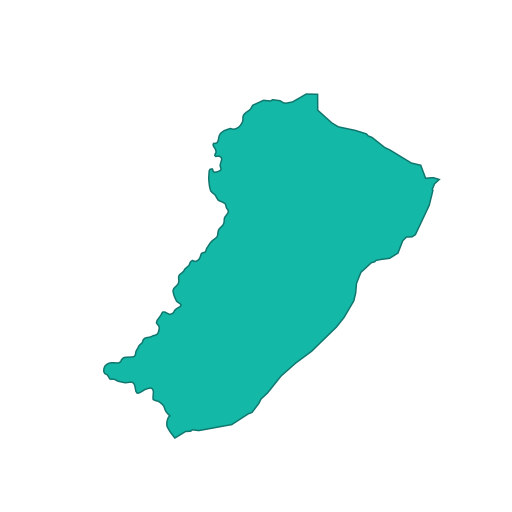 San José Poaquil, Chimaltenango, Guatemala (Natural Earth projection), rotated 232°
{"feature_id": "79465075B26188939943042", "entity_name": "San José Poaquil", "entity_type": "district", "adm_level": 2, "iso_a3": "GTM", "parent_name": "Guatemala", "parent_adm1": "Chimaltenango", "projection": "natural_earth1", "projection_center": [-90.895, 14.861], "detail": "fine", "context": "isolated", "style": "filled", "palette": "teal", "viewbox_px": 512, "rotation_deg": 232, "n_neighbors": 0, "source": "geoboundaries", "source_scale": "gbopen_adm2", "svg_char_len": 4002}
<svg xmlns="http://www.w3.org/2000/svg" viewBox="0 0 512 512"><g transform="rotate(232 256 256)"><path d="M345.5,404.1L352.7,395.3L354.9,379.7L357.8,373.9L359.8,371.9L363.5,370.6L369.0,365.2L369.1,363.0L374.1,357.7L375.0,353.7L376.8,346.2L375.1,342.1L375.0,340.2L375.2,337.7L375.1,334.5L374.6,332.8L373.8,331.5L371.8,329.9L370.2,328.4L369.2,326.1L368.5,324.0L368.2,322.0L368.4,319.9L368.7,318.6L369.2,317.2L370.4,315.6L372.2,314.4L372.7,313.2L373.5,310.8L374.0,309.4L374.4,307.7L374.5,305.1L374.4,303.4L373.6,301.4L372.5,299.9L370.8,297.9L370.0,296.9L369.2,294.9L369.9,293.1L370.9,291.8L369.9,290.5L368.1,290.0L366.1,289.9L364.9,289.7L362.3,288.5L361.6,286.7L360.7,285.5L359.3,285.5L358.3,287.2L357.1,288.7L354.9,289.2L353.5,288.7L351.9,286.7L351.0,285.3L349.6,283.7L348.5,282.9L346.6,282.4L345.4,281.1L345.7,278.8L346.4,276.9L347.5,274.8L349.3,274.3L350.4,275.0L351.7,275.1L352.6,273.1L352.0,271.7L350.9,270.6L348.6,268.6L347.0,267.1L343.9,264.9L340.3,262.7L338.4,261.7L336.5,260.9L335.2,260.4L333.1,260.5L331.0,261.0L329.9,261.3L328.5,261.3L326.9,261.0L325.5,260.8L323.2,260.6L321.8,261.2L320.1,262.2L318.5,263.0L316.3,263.9L315.1,263.7L313.7,263.0L312.0,262.3L310.2,262.3L308.8,262.0L307.8,261.2L307.0,260.0L306.7,258.7L306.2,257.0L305.9,255.6L305.2,254.3L303.8,253.0L302.3,251.7L301.2,250.0L300.7,248.8L300.4,247.2L300.3,245.8L300.1,244.0L299.6,242.6L298.9,241.6L297.3,239.8L296.2,238.8L295.1,237.2L294.9,235.3L294.9,233.4L295.0,231.1L294.6,228.6L293.9,226.2L293.2,224.4L292.7,222.7L291.8,220.8L290.9,219.8L290.4,218.0L291.2,216.4L291.6,214.6L290.6,212.9L289.3,211.0L288.5,208.8L288.4,207.4L288.8,205.2L290.1,204.0L291.6,203.2L291.8,201.6L291.3,199.8L290.0,197.9L289.7,195.9L289.6,193.3L289.5,191.9L288.5,189.5L288.3,187.3L288.4,185.5L288.1,183.4L286.9,181.9L285.3,180.8L284.0,180.0L282.7,178.6L281.9,177.3L281.4,174.8L281.3,172.9L280.9,171.0L280.0,169.5L278.7,168.6L277.3,167.9L276.1,167.4L274.4,166.8L272.1,166.2L270.9,165.9L269.2,165.6L267.0,166.1L265.5,166.8L263.4,166.7L262.8,165.1L263.2,162.8L263.4,160.1L263.2,158.3L262.2,156.3L262.2,154.6L263.0,152.1L264.8,151.1L266.4,150.4L267.9,149.7L269.2,148.2L268.9,146.6L267.9,144.7L267.4,142.9L267.0,141.5L266.2,138.7L265.6,137.5L264.4,136.3L262.7,136.3L260.9,136.4L258.8,135.5L257.4,133.8L256.5,132.8L255.8,131.7L255.2,129.9L255.6,127.8L256.5,126.0L256.9,123.7L257.9,121.4L258.7,120.2L259.7,117.6L259.4,115.5L258.2,113.8L257.6,112.2L257.6,110.2L257.2,108.2L256.1,106.1L255.5,104.4L254.7,102.7L253.8,101.6L252.5,100.4L251.8,98.4L252.3,96.8L253.1,95.6L255.2,92.7L256.7,90.5L257.4,88.9L257.1,86.2L256.1,84.5L256.2,82.1L257.6,80.2L258.8,78.9L260.5,76.9L261.2,75.8L262.1,73.8L262.4,72.3L262.4,69.8L261.8,68.3L260.9,66.9L259.6,65.6L258.4,64.8L256.5,64.5L253.8,65.7L251.8,65.5L249.2,65.1L247.8,66.2L246.9,67.7L245.6,68.7L242.6,70.0L241.0,71.2L238.6,73.2L236.7,74.8L235.8,76.2L234.4,78.6L233.0,80.6L231.0,81.2L229.0,80.9L227.3,80.1L225.8,79.3L223.2,78.0L221.1,77.9L220.2,79.2L219.6,82.0L219.4,83.9L219.2,85.9L218.4,88.5L217.9,89.8L216.8,91.8L215.7,92.4L213.9,92.4L212.1,91.5L210.2,89.8L207.9,87.7L206.2,86.6L204.2,87.6L202.8,88.7L201.7,89.5L200.5,90.0L199.0,90.4L196.1,90.9L194.9,90.9L193.7,90.7L191.7,90.0L189.6,89.4L187.9,89.3L184.9,89.4L183.0,89.7L182.9,87.9L181.9,86.0L180.8,84.5L179.2,82.8L177.9,81.8L176.2,80.9L175.0,80.7L173.7,80.5L171.5,80.2L167.5,80.0L164.4,80.0L162.5,80.0L161.1,92.4L158.2,96.6L158.2,98.9L153.6,103.5L143.6,122.6L138.1,133.1L136.4,152.6L135.2,156.6L138.1,167.5L140.2,171.9L141.0,180.9L146.0,201.8L147.2,221.4L146.7,241.1L150.5,275.7L153.3,287.3L160.4,305.4L165.5,311.8L172.6,318.4L178.5,328.5L179.7,342.8L178.4,345.7L178.6,347.9L176.5,352.1L171.9,359.9L170.9,369.7L177.7,381.0L178.3,386.2L177.1,387.9L175.0,390.8L174.7,394.7L178.0,401.3L189.3,423.7L198.8,435.8L200.0,435.9L203.0,441.2L203.5,447.5L208.6,443.9L212.9,437.5L226.1,441.7L233.7,435.6L257.1,426.8L262.3,424.2L278.1,420.4L281.6,418.3L284.2,418.2L293.8,411.6L307.1,400.4L314.0,397.7L332.9,394.4L345.5,404.1Z" fill="#14b8a6" stroke="#0f766e" stroke-width="1.5"/></g></svg>